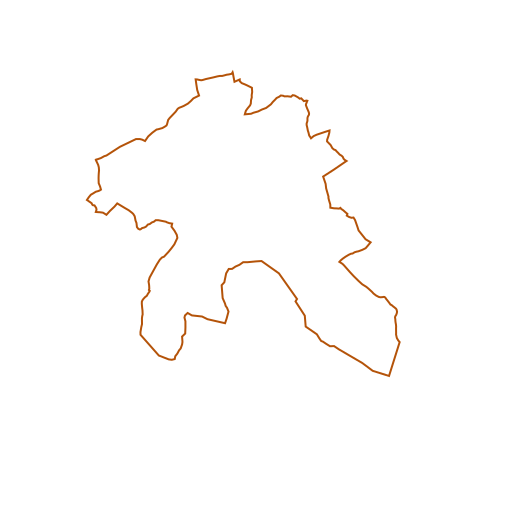 the district of Orlu, Imo, Nigeria, rotated 140°
{"feature_id": "59680162B21498960785654", "entity_name": "Orlu", "entity_type": "district", "adm_level": 2, "iso_a3": "NGA", "parent_name": "Nigeria", "parent_adm1": "Imo", "projection": "albers", "projection_center": [7.037, 5.818], "detail": "fine", "context": "isolated", "style": "outline", "palette": "amber", "viewbox_px": 512, "rotation_deg": 140, "n_neighbors": 0, "source": "geoboundaries", "source_scale": "gbopen_adm2", "svg_char_len": 4819}
<svg xmlns="http://www.w3.org/2000/svg" viewBox="0 0 512 512"><g transform="rotate(140 256 256)"><path d="M395.1,269.9L394.4,242.2L389.3,232.9L387.2,230.6L384.5,229.3L382.3,231.1L379.0,231.8L375.5,233.2L373.1,233.6L369.4,235.8L367.6,237.4L364.4,241.8L360.1,242.1L356.0,246.6L352.0,251.4L350.4,254.8L348.6,256.1L345.0,256.3L343.3,251.7L336.2,244.3L333.8,238.8L322.9,224.4L318.8,226.9L312.8,231.1L311.5,234.9L311.3,237.3L310.3,239.5L308.6,245.2L301.1,255.7L297.2,256.2L290.0,261.9L285.2,263.6L282.6,261.5L278.5,261.1L274.4,259.9L269.8,259.5L266.2,256.5L259.5,251.9L255.0,248.6L249.6,228.0L252.2,196.8L252.2,196.7L254.9,195.8L257.0,178.9L263.3,170.0L259.7,156.9L260.4,152.3L260.7,149.0L259.8,147.4L258.8,143.9L257.3,139.3L254.1,136.8L252.5,131.2L243.4,105.8L240.4,93.0L231.2,78.6L201.3,97.7L201.3,100.0L201.1,101.0L200.9,102.4L200.5,103.3L199.6,105.0L199.2,105.8L198.2,106.9L196.9,108.5L195.0,110.8L194.0,111.9L192.8,113.6L191.9,115.2L191.0,116.6L190.0,117.9L189.4,118.9L188.9,119.7L188.0,120.3L187.0,120.6L186.4,120.8L184.9,121.7L183.8,122.6L182.8,124.5L182.6,125.6L183.0,127.8L183.3,129.0L183.7,131.5L184.2,132.2L184.0,135.0L183.9,137.8L183.9,139.2L183.7,140.9L183.9,142.0L184.6,142.7L185.4,143.1L187.1,144.3L188.2,145.6L189.4,148.5L190.1,151.7L190.2,154.1L190.8,158.6L191.3,161.4L192.8,166.0L193.5,171.2L194.1,177.7L194.4,183.6L194.6,192.2L194.8,194.4L195.9,197.9L193.9,198.2L191.2,198.2L187.8,197.9L184.1,197.3L181.8,196.7L180.4,195.8L178.1,195.5L176.0,194.6L174.6,193.8L170.7,192.4L167.0,191.5L163.9,192.0L159.4,192.8L161.3,198.4L161.0,209.6L159.5,213.3L158.1,217.0L157.0,219.9L156.6,222.8L158.3,223.9L159.6,226.0L160.5,228.6L158.9,229.5L159.3,231.6L159.8,235.0L160.5,237.4L160.4,238.6L161.9,238.9L163.4,240.4L165.6,242.4L168.0,245.2L166.0,247.7L164.2,251.9L163.2,253.9L162.3,254.9L158.8,262.7L156.3,266.5L153.5,273.7L140.7,272.1L128.4,270.9L126.4,270.7L125.6,270.6L126.3,272.7L126.4,274.2L125.8,276.2L126.0,277.9L126.7,279.9L126.8,282.5L127.0,284.4L127.0,286.0L127.8,287.3L128.2,289.5L127.8,291.5L127.5,293.0L127.9,298.1L126.8,299.3L123.3,301.4L120.5,303.4L119.0,304.9L123.1,306.6L131.5,309.9L134.7,310.8L137.8,310.8L138.2,310.8L137.9,312.8L137.8,314.1L136.5,316.7L135.6,318.9L134.2,321.4L133.0,323.8L132.1,324.9L131.2,325.5L130.2,326.1L129.3,326.9L128.6,327.8L127.9,328.6L127.1,329.2L126.3,329.6L124.6,330.2L123.8,331.0L123.2,332.1L122.7,333.7L122.0,336.1L121.2,338.4L120.8,339.5L120.3,340.0L119.9,340.3L119.3,340.6L116.9,341.9L117.4,342.6L119.8,343.9L119.9,346.0L120.0,347.7L121.4,348.4L121.9,350.7L123.2,354.1L124.5,355.6L126.8,355.5L129.2,358.1L131.6,360.0L132.2,361.3L133.8,363.0L135.9,363.1L138.7,363.8L140.7,363.5L144.1,363.2L147.1,362.6L153.1,362.9L157.3,364.4L161.5,365.4L165.9,367.4L168.3,368.1L173.5,371.7L171.6,373.0L170.3,373.8L167.5,374.5L163.7,375.2L162.0,376.1L159.6,378.6L157.3,380.2L155.9,382.0L153.5,384.1L151.0,387.5L153.1,392.3L154.2,394.6L155.8,397.6L156.1,400.2L155.0,401.7L160.5,403.3L158.1,407.6L156.1,411.1L155.8,411.8L157.5,411.2L160.0,412.5L161.9,413.7L163.9,414.6L166.2,415.7L168.0,417.2L170.1,418.4L174.0,420.3L180.5,423.7L183.7,425.1L184.8,425.7L185.5,426.4L186.3,427.4L186.6,427.8L186.8,428.0L187.5,429.0L188.7,430.1L189.2,429.3L191.4,425.8L194.3,421.0L196.5,415.5L202.6,417.0L206.3,416.6L210.2,416.5L214.9,417.4L217.2,418.1L219.5,418.9L221.3,419.1L224.7,418.2L228.1,417.8L233.5,417.2L235.8,416.7L239.5,414.1L240.7,413.5L242.7,413.7L245.5,414.2L249.5,416.0L250.9,416.8L256.2,417.1L261.7,416.9L267.1,415.4L268.4,418.3L269.7,420.1L272.7,422.7L290.0,427.1L306.0,429.1L308.1,430.0L311.8,430.7L314.2,431.6L316.5,432.5L316.7,433.4L317.3,431.3L317.8,429.3L318.4,427.1L319.4,425.0L321.2,422.5L323.3,420.4L324.9,418.7L326.5,416.9L329.7,412.9L330.8,409.4L332.1,406.5L333.7,406.7L335.0,407.1L337.4,408.2L340.9,408.7L343.1,409.1L346.3,408.5L349.5,407.6L348.0,402.1L348.4,400.6L348.3,399.8L347.6,399.0L347.2,398.6L347.3,397.6L347.4,396.6L347.6,395.4L348.4,394.0L350.4,392.7L349.7,392.0L348.8,391.1L347.6,390.0L346.3,388.6L345.4,387.6L345.0,386.5L344.1,383.7L339.0,384.4L332.6,384.8L328.5,385.5L325.6,377.0L324.1,372.9L323.2,368.8L323.0,367.1L323.4,364.4L324.6,362.2L325.5,360.6L326.3,358.2L328.6,354.7L328.7,352.5L327.9,350.9L326.8,350.6L325.3,350.6L323.2,349.6L321.5,349.2L319.9,349.4L318.6,349.6L316.9,348.8L314.0,348.6L312.2,347.9L309.8,347.9L307.8,346.2L303.0,340.2L302.6,339.1L301.3,336.9L299.4,334.7L300.7,333.7L301.9,332.8L302.2,327.8L303.1,323.1L304.6,320.4L311.1,317.4L315.7,316.3L320.4,315.4L326.9,314.6L329.0,315.3L332.0,315.0L337.4,313.3L351.3,307.9L354.7,305.6L356.4,302.7L357.4,301.3L358.8,299.5L359.9,298.8L359.8,297.6L360.6,297.2L363.2,296.5L365.2,295.7L367.5,295.8L369.8,295.5L371.4,295.1L372.8,294.4L374.2,292.8L376.5,289.5L378.0,287.2L380.4,284.1L381.9,283.0L383.5,281.5L387.1,277.1L389.4,275.4L393.4,272.0L395.1,269.9Z" fill="none" stroke="#b45309" stroke-width="2"/></g></svg>